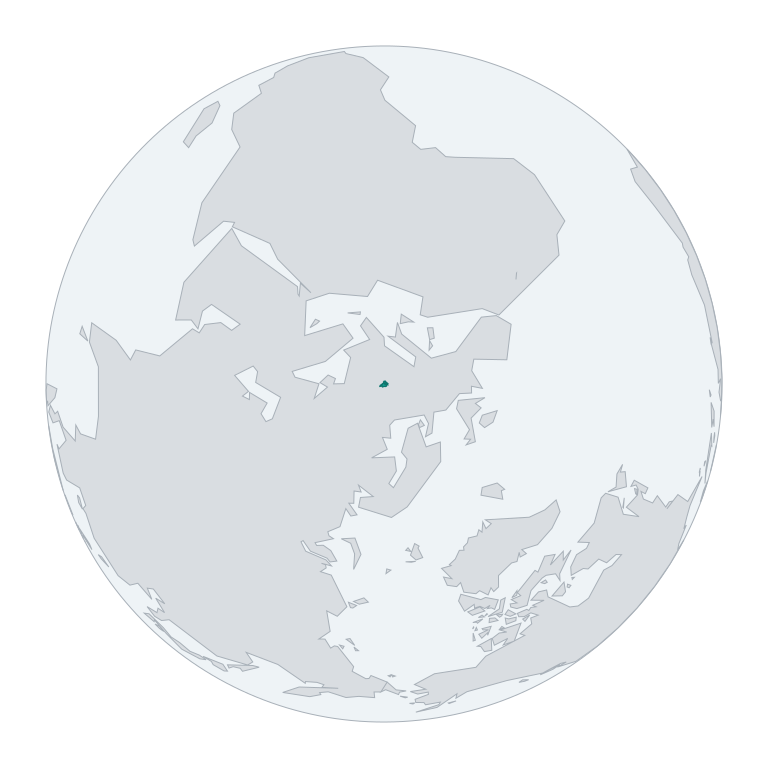 globe centered on Borsod-Abaúj-Zemplén, rotated 171°
{"feature_id": "HUN-3168", "entity_name": "Borsod-Abaúj-Zemplén", "entity_type": "County", "adm_level": 1, "iso_a3": "HUN", "parent_name": "Hungary", "parent_adm1": "", "projection": "orthographic", "projection_center": [21.025, 48.121], "detail": "fine", "context": "on_globe", "style": "filled", "palette": "teal", "viewbox_px": 768, "rotation_deg": 171, "n_neighbors": 0, "source": "natural_earth", "source_scale": "10m", "svg_char_len": 12361}
<svg xmlns="http://www.w3.org/2000/svg" viewBox="0 0 768 768"><g transform="rotate(171 384 384)"><circle cx="384" cy="384" r="338" fill="#eef3f6" stroke="#a8b0b8"/><path d="M214.3,91.8L237.8,80.1L257.1,77.3L247.5,80.9L253.3,80.4L265.6,76.2L272.4,73.7L308.9,71.9L350.2,67.1L362.1,62.4L360.4,66.6L382.2,56.3L403.9,54.9L380.0,58.7L378.1,61.0L393.2,60.7L394.4,63.1L402.5,64.5L402.6,67.7L388.7,70.5L388.5,72.8L399.2,72.5L406.1,76.1L390.5,76.0L400.9,82.4L379.5,89.9L337.5,89.8L326.1,99.2L284.3,113.7L288.7,116.0L275.6,124.0L275.7,129.9L267.9,131.6L274.8,135.0L281.9,132.3L287.3,133.1L288.1,136.6L278.2,139.1L276.4,137.7L273.9,140.3L268.7,140.2L271.7,142.2L259.7,145.3L272.6,147.5L263.9,154.5L255.6,155.1L255.3,148.1L235.4,134.7L227.0,134.4L215.4,140.5L196.1,165.8L187.2,169.0L176.1,178.3L181.5,179.3L192.1,172.6L199.3,177.5L211.4,169.4L216.1,170.6L229.0,165.7L228.2,174.1L220.5,185.3L209.7,190.0L206.0,195.3L217.2,197.5L198.2,213.7L187.3,237.6L182.2,241.4L170.5,235.6L168.0,217.9L152.9,213.1L163.9,224.4L151.0,234.7L149.4,240.2L150.8,244.8L156.1,244.2L151.9,249.8L139.6,240.1L143.1,234.8L147.0,237.7L145.8,229.8L137.3,224.5L131.5,230.9L125.0,218.4L120.7,223.0L116.9,223.3L124.1,216.5L111.0,228.8L102.4,220.4L84.3,242.9L100.8,216.0L105.9,204.9L110.5,194.1L107.5,197.4L117.7,180.3L120.0,174.0L112.2,183.2L129.5,161.7L148.5,141.7L169.0,123.3L191.0,106.6L214.3,91.8ZM88.5,220.2L90.1,217.8L85.2,228.6L79.4,237.8L88.5,220.2ZM75.1,246.9L68.3,264.1L65.2,271.9L75.1,246.9ZM56.7,299.9L56.5,300.7L53.1,316.1L54.2,315.1L54.4,323.5L50.7,336.6L53.7,332.3L51.8,346.1L54.5,372.6L53.4,373.5L55.1,411.8L62.9,443.6L64.6,459.0L63.1,462.0L67.2,472.4L67.3,476.5L88.8,517.1L104.3,544.6L106.8,557.7L99.8,558.6L107.3,578.0L106.0,576.2L92.5,555.0L80.6,532.8L70.4,509.9L61.9,486.2L55.2,462.0L50.3,437.4L47.3,412.4L46.1,387.3L46.8,362.2L49.3,337.2L53.7,312.5L53.9,311.5L54.4,309.3L56.7,299.9ZM79.6,248.8L68.3,284.4L69.9,271.3L70.5,272.1L74.3,261.4L79.9,245.7L82.6,235.5L79.6,248.8ZM85.4,248.5L86.9,243.3L86.1,247.5L85.4,248.5ZM275.2,72.3L265.7,76.0L254.1,79.3L261.8,75.8L275.2,72.3ZM297.4,68.2L293.4,70.1L287.4,69.3L291.6,68.4L297.4,68.2ZM370.4,58.9L362.4,59.7L369.7,58.2L370.4,58.9ZM403.5,64.2L405.4,63.4L408.8,64.6L403.5,64.2ZM228.6,161.5L228.7,163.5L226.2,163.3L228.6,161.5ZM234.0,157.6L230.9,155.9L233.1,153.8L234.9,154.9L234.0,157.6ZM412.1,70.7L417.0,73.2L409.6,71.0L412.1,70.7ZM237.2,160.2L237.2,150.4L241.0,146.9L251.2,148.3L237.2,160.2ZM418.2,75.0L430.2,81.8L435.3,80.3L427.5,89.1L419.9,80.0L410.1,77.4L416.9,77.2L418.2,75.0ZM283.8,130.1L276.3,133.0L281.9,127.5L283.8,130.1ZM286.1,126.4L295.6,109.7L307.1,107.6L301.6,113.4L315.9,108.7L316.9,115.8L309.2,120.0L301.6,119.8L307.8,122.8L286.1,126.4ZM421.3,93.3L422.1,95.6L418.6,93.8L421.3,93.3ZM289.9,133.0L290.8,129.6L300.8,127.5L300.9,133.9L297.6,132.5L289.9,133.0ZM319.2,104.1L326.7,104.0L329.5,109.6L332.8,110.4L317.9,115.8L319.2,104.1ZM295.7,134.8L300.6,137.4L296.6,141.6L289.7,136.3L295.7,134.8ZM303.4,124.3L308.2,123.7L305.5,126.1L303.4,124.3ZM285.0,159.1L285.9,154.6L291.1,153.0L285.0,159.1ZM302.8,138.1L304.1,136.6L306.3,135.6L308.6,138.2L302.8,138.1ZM320.9,119.6L320.5,122.1L327.2,117.6L329.5,122.0L319.2,125.0L324.6,125.6L325.4,127.0L316.1,127.9L320.9,119.6ZM317.6,138.0L305.2,143.9L302.5,152.3L297.7,153.9L302.9,140.1L317.6,138.0ZM317.5,131.9L316.5,136.0L311.0,135.6L308.4,132.6L317.5,131.9ZM334.9,124.1L333.9,116.6L336.2,116.2L334.9,124.1ZM317.8,140.5L320.8,139.0L318.3,141.1L317.8,140.5ZM330.9,129.1L330.2,126.4L332.8,126.1L330.9,129.1ZM327.3,138.6L323.3,140.4L321.4,138.3L327.3,138.6ZM329.8,134.3L333.6,134.5L323.1,136.5L329.1,133.1L329.8,134.3ZM333.5,129.2L334.8,128.2L333.4,130.5L333.5,129.2ZM336.9,145.8L324.2,148.8L319.9,144.1L332.9,141.7L336.9,145.8ZM202.6,567.2L179.9,516.7L189.9,504.4L191.0,483.9L259.7,434.2L275.2,443.1L330.4,443.1L337.4,446.7L331.9,464.0L374.1,487.5L386.6,473.0L423.8,482.2L447.9,478.3L454.8,444.2L415.2,449.8L407.4,434.1L438.3,415.5L472.7,410.8L470.8,404.6L448.2,394.4L455.2,380.6L440.3,389.8L447.0,395.4L437.8,401.6L431.1,397.0L433.8,392.0L423.2,390.6L412.8,415.4L418.5,423.8L391.2,430.2L398.1,445.1L391.0,452.5L376.7,430.2L377.5,421.6L351.7,396.4L348.4,405.8L372.5,430.6L365.4,428.6L361.1,442.7L358.7,430.5L333.2,402.1L308.0,404.8L277.4,434.8L262.4,434.0L249.1,423.1L258.9,388.7L291.4,394.5L295.3,383.4L287.5,364.3L298.0,368.1L298.9,361.4L311.0,362.7L327.0,348.6L339.1,348.4L344.3,328.0L351.3,325.4L346.2,338.0L349.2,347.1L379.3,346.8L384.8,342.4L385.8,329.4L393.9,331.5L391.0,319.0L407.8,313.0L384.9,310.3L385.4,296.1L394.8,284.9L390.9,280.1L375.4,298.5L373.0,306.4L377.4,313.9L367.1,336.5L357.0,340.0L352.2,315.3L337.4,317.9L340.1,298.5L380.3,259.0L397.5,251.0L428.4,266.3L425.0,275.6L412.2,274.5L425.0,288.1L423.5,280.9L430.3,283.0L432.5,270.9L437.4,271.8L431.1,259.0L437.4,258.8L441.2,266.9L449.8,250.0L462.6,246.9L462.1,242.7L458.1,239.1L476.9,238.1L475.8,235.1L469.2,234.2L462.6,227.8L458.3,216.5L465.1,216.7L467.5,220.9L482.8,230.4L488.4,242.0L490.7,241.1L487.5,231.1L468.8,219.3L464.3,212.5L473.8,216.7L470.0,214.6L469.9,211.4L476.1,208.6L466.0,203.5L455.5,169.8L466.5,161.9L476.1,168.9L475.9,148.1L488.3,142.3L482.2,141.3L478.0,131.5L474.0,133.1L470.8,132.0L458.2,109.6L460.4,105.2L448.1,95.8L444.9,95.5L442.5,98.1L427.5,89.1L435.3,80.3L442.0,81.4L442.3,75.7L457.7,79.4L470.6,80.3L487.2,88.7L495.9,89.3L495.0,87.1L506.2,86.8L532.3,95.2L515.2,98.0L476.8,90.6L492.8,94.1L490.4,96.4L496.9,99.8L508.1,102.4L508.6,100.7L532.7,123.6L562.1,140.5L557.1,130.0L562.6,127.8L591.6,141.5L633.1,184.8L640.7,185.2L646.9,190.5L652.8,201.2L644.0,193.7L642.3,197.9L636.5,192.5L643.0,208.2L634.9,201.2L643.9,217.6L649.7,219.4L647.0,207.6L658.3,225.7L666.4,225.1L676.6,236.3L694.4,277.0L698.6,302.7L700.8,308.0L697.6,310.7L700.8,329.0L712.5,338.8L714.8,346.2L716.4,375.7L715.1,370.8L706.8,378.1L710.5,398.6L717.0,397.4L719.5,408.7L716.8,415.2L713.7,406.0L710.6,408.1L707.7,391.6L697.9,376.0L694.8,391.7L691.5,382.2L677.5,374.6L671.1,396.7L663.4,445.7L668.4,471.5L663.1,490.2L641.7,469.1L630.7,447.4L623.9,456.5L601.1,446.8L564.5,468.5L558.5,463.4L551.8,470.8L535.6,470.2L526.1,460.8L516.7,465.6L541.9,489.6L551.9,484.4L559.1,467.6L564.3,477.4L579.8,479.8L565.7,515.8L510.0,561.5L503.2,542.8L454.2,493.7L454.9,486.2L454.6,485.5L454.0,484.1L450.8,496.6L441.9,485.6L469.5,523.9L474.7,540.7L509.2,563.0L506.3,567.0L517.0,569.9L549.7,549.9L550.2,556.4L535.5,591.5L489.1,640.6L494.6,659.2L490.0,675.0L459.6,690.3L460.9,698.6L445.0,704.0L443.0,708.1L429.4,713.3L407.2,718.0L371.1,718.6L369.9,716.3L353.5,709.6L331.2,686.5L341.5,675.1L338.7,664.1L312.4,634.2L318.3,618.3L311.0,610.0L296.1,609.4L287.5,598.9L278.3,596.8L220.7,586.3L202.6,567.2ZM237.3,466.6L235.8,472.8L235.7,472.9L237.3,466.6ZM510.4,422.2L530.2,415.9L519.0,397.9L525.7,394.2L519.4,389.7L518.1,396.7L502.4,383.5L510.1,373.9L506.5,365.3L499.7,367.1L488.2,387.0L510.5,405.6L506.9,416.0L510.4,422.2ZM54.7,373.3L54.6,379.0L53.8,374.8L54.7,373.3ZM67.6,274.3L66.4,279.9L65.0,284.6L65.4,281.1L67.6,274.3ZM63.8,320.1L63.6,327.5L62.7,322.0L63.8,320.1ZM67.1,289.8L63.8,314.7L62.2,305.6L64.7,290.2L64.4,297.8L67.1,289.8ZM80.8,252.7L79.5,256.9L78.2,258.0L80.8,252.7ZM84.8,251.6L84.9,250.5L86.6,247.1L84.8,251.6ZM151.8,235.3L152.6,236.2L152.9,241.5L150.5,240.4L151.8,235.3ZM168.0,258.7L160.9,267.3L164.3,260.0L159.5,259.7L160.6,244.6L179.7,242.5L170.9,245.9L168.0,258.7ZM167.4,224.9L164.5,234.0L166.9,224.1L167.4,224.9ZM291.5,325.2L296.0,330.6L291.8,337.8L276.4,340.0L282.3,329.3L291.5,325.2ZM303.3,336.7L302.8,312.7L312.4,311.0L307.1,315.9L313.5,317.2L306.7,325.5L316.2,348.2L313.2,356.2L286.4,354.7L296.8,350.5L291.8,345.2L303.3,336.7ZM284.8,260.3L284.7,251.6L305.6,259.0L303.2,266.4L287.7,268.5L281.3,261.1L284.8,260.3ZM255.1,165.2L253.8,162.6L256.5,161.7L259.9,163.2L255.1,165.2ZM285.0,157.1L264.0,176.3L261.4,174.1L252.2,188.8L241.7,188.9L248.0,179.2L233.1,190.8L234.5,182.1L225.2,190.8L240.2,169.1L240.9,162.3L244.2,169.7L253.8,169.7L258.2,167.6L271.1,157.0L277.3,143.0L287.9,141.4L293.7,143.9L293.8,147.0L286.9,147.0L292.0,151.2L282.1,153.6L285.0,157.1ZM355.4,184.0L347.4,181.1L356.0,192.9L346.1,194.1L347.7,195.4L341.0,199.9L335.6,207.9L331.0,207.3L330.9,210.7L326.4,214.1L324.7,218.7L315.9,219.4L313.1,225.2L310.4,222.3L308.0,232.3L305.9,225.2L299.9,229.3L305.1,234.0L261.4,229.7L244.8,234.5L232.1,242.6L230.1,230.3L240.7,215.2L257.5,201.3L273.8,198.9L269.9,194.2L276.6,191.8L276.8,196.6L280.4,187.9L286.0,187.3L300.9,176.9L302.6,165.6L308.1,161.8L310.2,166.0L314.2,159.4L321.9,164.9L326.0,162.5L337.7,165.9L339.4,175.9L343.9,172.5L353.0,175.3L355.4,184.0ZM340.0,147.0L344.3,158.0L341.0,164.3L322.0,155.9L317.2,157.3L304.9,152.9L310.0,144.1L313.0,146.1L317.1,146.0L313.9,148.8L319.6,146.5L324.0,149.4L329.6,148.5L329.4,152.2L340.0,147.0ZM344.9,440.5L350.3,441.6L358.5,441.1L356.0,450.3L344.9,440.5ZM327.2,421.4L332.0,420.7L332.4,432.7L326.9,431.9L327.2,421.4ZM334.2,410.3L332.2,419.7L330.0,414.1L334.2,410.3ZM350.6,336.8L355.7,335.4L356.3,338.5L353.7,342.9L350.6,336.8ZM378.7,221.6L374.7,218.4L376.1,216.7L372.9,206.5L379.9,205.2L384.6,210.8L378.7,221.6ZM448.3,451.2L441.6,458.7L437.8,456.2L440.9,454.1L448.3,451.2ZM396.8,456.4L408.8,459.9L396.0,458.9L396.8,456.4ZM385.9,218.5L383.7,214.4L388.6,216.3L385.9,218.5ZM384.9,203.7L390.5,205.0L380.4,203.9L384.9,203.7ZM544.3,654.6L518.7,684.0L503.8,689.2L502.5,684.6L513.0,668.7L530.8,658.4L540.0,648.0L544.3,654.6ZM718.6,431.0L716.8,437.0L707.8,430.4L711.2,422.0L719.3,415.1L718.9,420.0L720.2,417.6L719.5,424.0L718.6,431.0ZM721.7,395.3L721.7,391.5L721.6,382.1L721.7,376.1L717.6,330.2L717.4,328.9L721.2,362.0L721.7,395.3ZM669.8,472.7L676.6,481.2L673.1,488.2L669.8,472.7ZM712.4,305.4L716.4,324.5L711.7,303.1L712.4,305.4ZM707.5,288.5L709.0,292.6L708.3,291.9L707.5,288.5ZM704.1,314.6L704.2,322.3L702.5,319.1L701.4,307.5L704.1,314.6ZM684.4,246.3L690.7,255.7L692.9,260.2L689.9,257.4L684.4,246.3ZM443.0,205.6L439.6,220.8L441.8,231.9L450.4,237.8L436.8,236.4L433.4,219.3L443.0,205.6ZM453.3,174.0L445.7,169.5L449.8,167.6L452.1,168.4L453.3,174.0ZM448.1,174.0L437.3,175.9L433.6,171.0L442.9,170.4L448.1,174.0ZM411.7,196.4L410.2,200.9L406.3,199.1L411.7,196.4ZM710.2,296.0L708.7,291.1L707.7,287.1L710.2,296.0ZM704.0,275.4L703.8,274.8L703.9,275.0L704.0,275.4ZM704.8,281.0L705.3,279.6L707.5,289.2L699.9,272.2L698.4,266.1L704.8,281.0ZM647.7,182.8L643.7,179.9L640.2,174.0L643.9,177.6L647.7,182.8ZM625.2,153.7L638.0,171.5L647.7,186.9L648.2,185.2L656.7,195.2L652.0,193.8L640.0,177.8L633.9,167.5L626.2,160.5L617.5,150.4L608.8,145.1L602.8,139.5L608.9,141.4L625.2,153.7ZM605.3,143.3L587.0,132.4L583.5,124.9L586.8,125.6L596.6,133.5L597.9,137.0L605.3,143.3ZM581.5,127.7L582.5,131.1L557.7,126.5L551.6,123.8L568.7,122.4L570.5,125.7L577.2,128.4L581.5,127.7ZM425.5,95.2L422.4,95.6L423.8,93.8L425.5,95.2ZM468.7,133.1L464.5,131.2L466.2,128.9L468.7,133.1ZM453.8,125.0L454.8,128.9L450.9,124.6L453.8,125.0ZM457.4,137.9L453.8,130.4L461.3,137.8L457.4,137.9Z" fill="#d9dde1" stroke="#a8b0b8" stroke-width="1"/><path d="M383.1,381.4L383.3,381.5L383.5,381.5L383.8,381.7L384.0,381.7L384.2,381.8L384.3,381.8L384.6,381.7L384.8,381.7L385.0,381.7L385.4,381.5L385.6,381.4L385.7,381.5L385.8,381.5L385.9,381.8L386.0,381.8L386.3,381.9L386.3,382.1L386.6,382.5L386.8,382.7L387.0,382.7L387.4,382.6L387.5,382.5L387.8,382.5L387.9,382.4L388.1,382.5L388.2,382.4L388.3,382.4L388.2,382.7L388.1,382.8L387.9,382.9L387.7,383.1L387.6,383.3L387.2,383.3L387.0,383.5L386.9,383.5L386.6,383.7L386.3,383.6L386.2,383.6L385.8,383.7L385.7,383.7L385.7,383.8L385.6,384.0L385.6,384.4L385.5,384.5L385.4,384.5L385.2,384.6L385.3,384.6L385.1,384.6L384.9,384.5L384.9,384.4L384.8,384.5L384.7,384.6L384.4,384.7L384.4,384.8L384.3,385.0L384.2,385.3L384.1,385.5L384.0,385.8L384.0,386.0L383.8,386.1L383.7,386.3L383.5,386.6L383.2,386.6L382.9,386.6L382.3,386.5L382.3,386.3L382.2,386.2L382.0,385.9L381.8,385.5L381.7,385.4L381.8,385.4L381.8,385.2L381.7,385.1L381.6,384.9L381.8,384.6L381.9,384.4L382.0,384.3L382.2,384.2L382.5,384.2L382.6,384.4L382.8,384.6L383.0,384.7L383.4,384.6L383.5,384.5L383.5,384.3L383.4,384.2L383.3,383.8L383.2,383.6L382.9,383.5L382.8,383.4L382.6,383.5L382.4,383.7L382.2,383.9L381.8,384.0L381.6,383.8L381.4,384.1L381.2,384.0L380.8,384.1L380.7,384.0L380.5,383.9L380.4,383.8L380.2,383.7L380.3,383.5L380.4,383.4L380.5,383.3L380.5,383.2L380.6,383.3L380.7,383.2L380.8,383.1L381.0,383.1L381.3,383.0L381.4,382.9L381.4,382.7L381.6,382.3L381.6,382.2L381.8,382.0L381.9,381.9L381.9,381.7L382.0,381.6L383.1,381.4L383.1,381.4Z" fill="#14b8a6" stroke="#0f766e" stroke-width="1.5"/></g></svg>